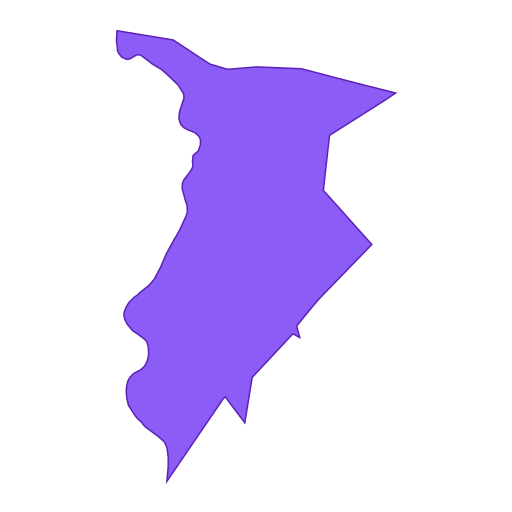 outline of União, Piauí, Brazil
{"feature_id": "56859067B60196329024429", "entity_name": "União", "entity_type": "district", "adm_level": 2, "iso_a3": "BRA", "parent_name": "Brazil", "parent_adm1": "Piauí", "projection": "natural_earth1", "projection_center": [-42.867, -4.62], "detail": "fine", "context": "isolated", "style": "filled", "palette": "violet", "viewbox_px": 512, "rotation_deg": 0, "n_neighbors": 0, "source": "geoboundaries", "source_scale": "gbopen_adm2", "svg_char_len": 1650}
<svg xmlns="http://www.w3.org/2000/svg" viewBox="0 0 512 512"><path d="M166.9,481.3L223.4,398.5L225.3,396.8L229.9,403.1L244.8,422.8L252.2,377.4L258.8,370.3L292.9,333.8L299.7,337.5L296.7,326.0L311.5,307.8L315.3,303.3L318.1,299.9L371.8,244.5L332.2,200.2L323.4,190.5L324.8,177.4L328.0,148.8L329.6,135.3L384.5,100.5L395.6,93.0L363.0,84.8L331.6,76.7L304.3,69.5L301.0,68.7L256.4,66.9L227.7,69.3L225.6,68.8L209.8,64.0L200.5,58.0L187.9,49.6L173.3,40.0L117.0,30.7L116.9,34.1L116.4,40.3L117.3,47.1L117.5,50.7L118.6,53.2L121.6,57.0L126.6,59.4L130.0,58.9L136.7,54.9L139.1,54.8L141.3,55.5L152.3,64.0L161.3,69.4L168.6,75.8L178.1,85.0L183.7,93.9L184.0,98.1L179.9,110.4L179.2,114.3L179.0,119.3L180.8,124.6L183.8,127.6L187.6,129.7L194.8,132.6L198.0,135.4L199.5,137.3L200.5,140.3L200.3,145.1L198.2,151.1L194.6,154.0L193.1,155.6L192.4,161.4L193.0,164.6L192.4,167.8L190.1,171.7L183.8,179.9L182.3,183.9L182.2,188.8L185.4,200.6L187.1,205.6L187.4,211.9L186.4,215.3L184.2,220.1L181.7,225.6L180.2,228.7L178.9,231.3L176.4,235.8L174.5,238.8L170.3,246.5L166.5,253.4L160.5,267.3L154.1,279.3L149.2,285.1L139.8,292.6L137.1,295.4L135.0,296.5L128.9,302.5L126.0,307.3L124.5,311.5L123.8,314.7L124.8,319.3L127.0,323.9L132.5,330.6L138.9,334.9L144.8,339.4L146.9,341.9L148.2,346.4L148.7,354.3L147.9,358.4L147.0,361.6L144.5,366.3L140.4,370.0L135.8,372.2L133.0,374.1L130.2,377.0L128.3,380.0L127.4,382.7L126.6,386.6L126.2,390.5L126.5,395.0L127.0,399.2L128.5,405.5L135.2,415.8L138.1,419.2L141.3,422.0L142.9,424.2L145.8,427.3L157.8,436.1L164.0,441.5L165.4,444.0L166.4,446.3L167.1,448.6L168.2,457.1L168.2,466.4L167.2,478.0L166.9,481.3Z" fill="#8b5cf6" stroke="#5b21b6" stroke-width="1.5"/></svg>